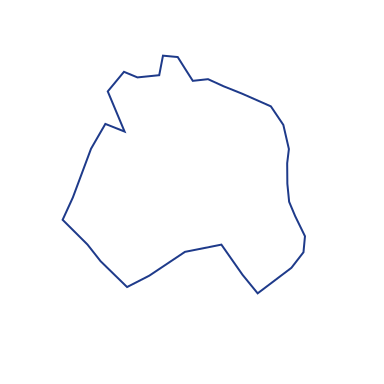 the district of Mammari, Cyprus, rotated 214°
{"feature_id": "46923920B76597739182266", "entity_name": "Mammari", "entity_type": "district", "adm_level": 2, "iso_a3": "CYP", "parent_name": "Cyprus", "parent_adm1": "", "projection": "equal_earth", "projection_center": [33.204, 35.187], "detail": "fine", "context": "isolated", "style": "outline", "palette": "blue", "viewbox_px": 384, "rotation_deg": 214, "n_neighbors": 0, "source": "geoboundaries", "source_scale": "gbopen_adm2", "svg_char_len": 575}
<svg xmlns="http://www.w3.org/2000/svg" viewBox="0 0 384 384"><g transform="rotate(214 192 192)"><path d="M80.9,144.7L67.2,184.7L65.9,204.4L73.6,218.5L93.0,229.7L106.0,238.2L117.6,252.2L129.2,269.1L135.7,281.8L153.8,298.7L174.5,307.1L205.6,301.5L225.0,297.3L241.8,294.5L253.5,284.6L266.4,290.2L279.3,295.9L292.3,288.8L284.5,270.5L301.3,256.5L315.6,253.6L318.1,228.3L281.7,204.4L301.9,200.0L299.9,171.4L287.7,120.8L283.7,96.6L249.3,90.0L229.1,83.5L192.7,76.9L180.6,98.8L164.4,138.4L138.2,164.8L103.8,151.6L80.9,144.7Z" fill="none" stroke="#1e3a8a" stroke-width="2"/></g></svg>